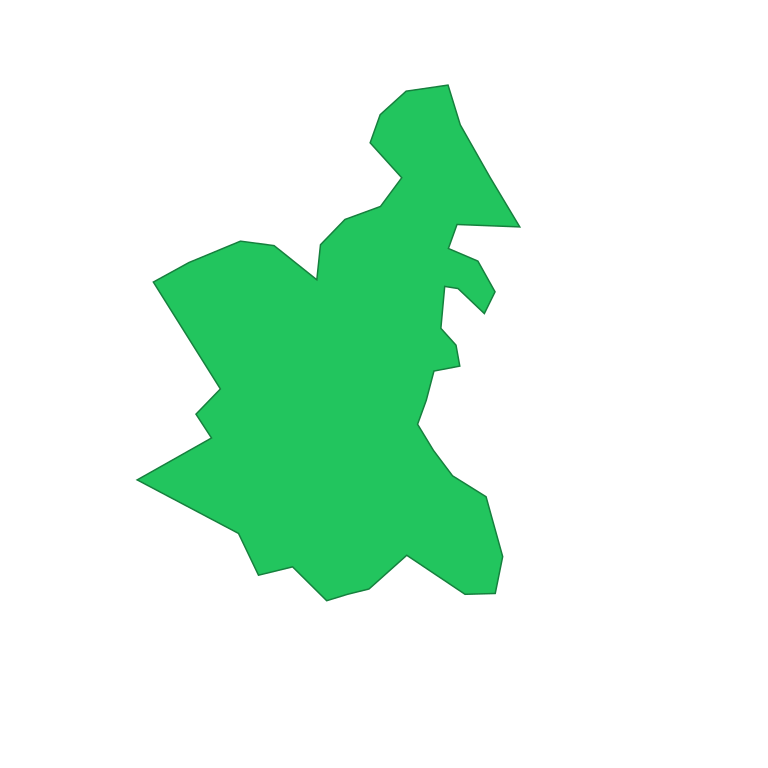 the border of Strencu, rotated 228°
{"feature_id": "LVA-5795", "entity_name": "Strencu", "entity_type": "Municipality", "adm_level": 1, "iso_a3": "LVA", "parent_name": "Latvia", "parent_adm1": "", "projection": "albers", "projection_center": [25.772, 57.614], "detail": "fine", "context": "isolated", "style": "filled", "palette": "green", "viewbox_px": 768, "rotation_deg": 228, "n_neighbors": 0, "source": "natural_earth", "source_scale": "10m", "svg_char_len": 747}
<svg xmlns="http://www.w3.org/2000/svg" viewBox="0 0 768 768"><g transform="rotate(228 384 384)"><path d="M364.7,463.5L346.6,452.3L360.2,429.8L343.6,404.5L331.6,382.0L301.5,376.3L269.9,373.5L231.9,384.4L212.5,374.7L176.3,356.7L153.9,326.5L173.5,303.5L241.5,286.3L241.7,235.7L252.2,216.0L261.3,196.4L309.3,193.7L325.9,162.8L370.3,175.9L477.9,136.4L459.3,219.7L487.4,224.1L489.8,259.1L614.1,280.8L604.8,320.3L586.2,372.9L560.4,394.9L506.4,403.8L530.0,430.0L532.4,465.1L518.3,500.2L525.4,535.2L572.5,535.1L586.7,561.4L586.8,596.4L563.3,631.6L525.6,614.1L466.7,601.1L409.9,590.0L453.7,545.0L441.6,522.5L412.5,536.0L378.2,528.2L369.2,505.7L405.4,502.9L415.9,494.4L387.3,463.5L364.7,463.5Z" fill="#22c55e" stroke="#15803d" stroke-width="1.5"/></g></svg>